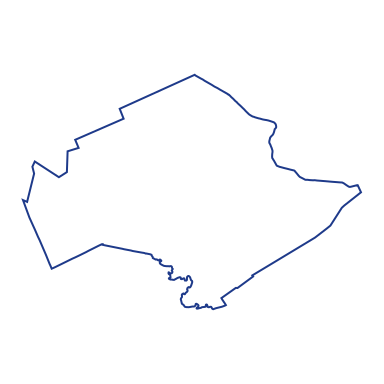 Purani, Teleorman, Romania
{"feature_id": "2599482B66350034268187", "entity_name": "Purani", "entity_type": "district", "adm_level": 2, "iso_a3": "ROU", "parent_name": "Romania", "parent_adm1": "Teleorman", "projection": "orthographic", "projection_center": [25.428, 44.372], "detail": "fine", "context": "isolated", "style": "outline", "palette": "blue", "viewbox_px": 384, "rotation_deg": 0, "n_neighbors": 0, "source": "geoboundaries", "source_scale": "gbopen_adm2", "svg_char_len": 5897}
<svg xmlns="http://www.w3.org/2000/svg" viewBox="0 0 384 384"><path d="M29.4,217.5L33.2,225.9L34.8,229.4L38.0,236.8L39.6,240.1L46.0,255.0L49.5,263.7L50.3,265.4L51.7,268.7L54.8,267.3L58.7,265.4L72.5,258.6L75.2,257.4L79.6,255.3L86.1,252.1L88.5,250.8L92.5,248.8L98.5,245.8L101.0,244.6L101.4,244.4L102.0,244.2L102.4,244.2L102.2,244.7L104.8,245.3L114.3,247.2L122.4,248.8L123.9,249.2L130.9,250.5L132.7,251.0L142.4,252.7L143.8,252.9L144.9,253.2L145.1,253.3L145.6,253.5L145.8,253.6L146.2,253.6L146.5,253.5L147.3,253.7L150.3,254.3L151.5,254.8L151.6,255.4L151.8,255.8L152.6,256.8L152.7,257.1L152.8,258.0L153.1,258.2L154.9,259.1L155.3,259.4L155.6,259.5L155.9,259.6L156.5,259.4L156.8,259.4L157.1,259.6L157.7,260.1L158.4,260.4L158.8,260.5L159.0,260.4L159.3,259.8L159.4,259.7L159.7,259.6L160.1,259.6L160.4,259.7L160.8,260.1L161.1,260.5L161.3,260.8L161.2,261.1L160.2,261.8L160.0,262.0L159.8,262.3L159.8,262.6L159.8,263.0L160.0,263.4L160.3,263.8L160.6,264.1L162.2,265.0L163.8,265.8L164.2,265.9L164.8,266.0L166.6,266.2L168.4,266.2L169.1,266.3L169.6,266.3L170.2,266.1L170.7,266.1L171.2,266.2L171.5,266.4L171.8,266.7L171.9,267.2L172.0,267.9L172.6,268.9L172.7,269.0L172.3,269.5L171.9,270.2L171.8,270.4L171.8,270.7L172.3,271.3L172.4,271.7L172.3,272.1L172.3,272.5L172.0,272.9L171.7,273.2L171.5,273.3L171.2,273.4L170.7,273.4L170.2,273.2L169.7,273.1L169.2,272.6L168.9,272.4L168.8,272.5L168.6,272.5L168.5,272.9L168.5,273.3L168.7,273.7L168.8,274.0L169.1,274.2L169.6,274.4L169.9,274.7L170.1,275.0L170.2,275.3L170.3,275.6L170.4,276.4L170.5,277.2L170.5,277.4L170.3,277.6L169.1,278.1L168.9,278.3L168.9,278.6L169.0,278.8L169.3,279.0L169.9,279.3L170.3,279.5L170.7,279.5L172.1,279.6L172.9,279.8L173.9,279.9L174.1,279.9L175.3,279.2L176.1,278.8L177.1,278.2L177.6,277.9L179.1,277.4L179.8,277.2L180.2,277.3L180.5,277.4L180.7,277.6L180.9,278.5L180.9,278.8L181.0,279.0L181.5,279.1L182.0,279.1L182.5,278.9L183.4,278.4L183.7,278.3L183.9,278.3L184.2,278.4L184.3,278.6L184.7,280.0L184.9,280.3L185.0,280.5L185.3,280.5L186.2,280.5L186.4,280.5L186.6,280.3L186.8,280.1L186.9,279.8L186.9,279.6L187.0,279.0L186.9,278.2L187.0,277.5L187.1,277.1L187.2,276.8L187.5,276.5L187.8,276.3L188.0,276.1L188.3,276.0L188.5,276.0L188.8,276.1L189.2,276.3L189.5,276.6L190.0,277.2L190.2,277.6L190.6,279.0L191.2,280.3L192.0,280.9L192.1,281.1L192.2,281.4L192.2,281.8L192.2,282.3L191.9,283.3L191.6,284.2L191.1,285.7L190.3,287.1L190.1,287.3L189.8,287.4L189.5,287.5L189.3,287.4L189.1,287.2L188.7,287.1L187.7,287.7L187.5,288.1L187.5,288.4L187.2,288.9L187.1,289.1L187.2,289.4L187.2,289.6L187.5,290.0L187.6,290.3L187.5,290.9L187.5,291.1L187.1,291.5L186.9,291.9L186.8,292.1L186.1,292.5L185.8,292.7L185.3,293.5L185.1,293.9L184.9,294.0L184.7,294.2L184.4,294.2L184.0,294.1L183.6,293.6L183.4,293.5L183.2,293.6L182.7,293.8L182.2,294.2L182.0,294.5L181.9,294.7L181.8,295.1L182.0,295.8L182.0,296.4L181.9,297.2L181.2,298.1L180.9,298.7L180.8,299.4L181.1,300.4L181.4,301.7L181.5,302.2L181.7,302.6L181.8,303.5L182.0,303.8L182.4,304.1L182.9,304.5L183.2,304.6L183.4,304.8L183.7,305.1L184.6,306.5L184.8,306.7L185.3,306.9L186.4,307.1L188.5,307.2L189.4,307.1L191.1,306.8L192.5,306.5L194.0,306.5L194.4,306.4L195.2,305.8L195.5,305.4L195.6,305.1L195.6,304.3L195.7,304.1L195.9,303.9L196.1,303.8L196.3,303.8L196.7,303.9L197.5,304.4L198.1,304.9L198.3,305.1L198.4,305.4L198.5,305.6L198.5,305.9L198.3,306.4L198.1,306.8L196.9,307.7L196.7,307.9L196.6,308.1L196.6,308.3L196.7,308.5L196.9,308.6L197.2,308.6L197.8,308.6L199.0,308.2L200.1,308.0L201.0,307.8L201.6,307.4L202.0,307.2L202.6,307.1L203.8,307.0L204.8,306.9L205.4,306.7L205.8,306.6L206.0,306.4L206.0,306.1L205.8,305.5L205.8,305.2L206.0,304.7L206.5,304.5L206.8,304.6L207.1,304.9L207.2,305.2L207.4,305.7L207.5,306.4L207.7,306.7L207.9,307.0L208.3,307.1L208.6,307.2L209.0,307.2L210.2,306.8L210.5,306.8L210.9,306.8L211.2,306.9L211.4,307.1L211.6,307.5L211.9,308.1L212.1,308.5L212.4,308.8L212.9,309.1L213.2,309.2L216.0,308.2L216.8,308.0L220.4,307.1L221.7,306.8L222.6,306.5L224.7,305.7L225.6,305.3L225.9,305.1L224.2,302.4L223.8,302.0L223.7,301.7L222.4,299.8L221.4,298.1L235.8,287.9L237.5,288.0L253.1,276.5L252.3,275.4L275.4,261.5L315.0,237.6L326.8,228.5L330.4,225.6L341.8,207.8L344.3,205.5L361.0,192.3L357.8,185.4L357.2,185.6L357.0,185.2L351.5,186.6L350.1,186.9L349.4,186.9L348.5,186.5L346.8,185.4L343.8,183.3L342.4,182.6L342.0,182.5L340.1,182.4L331.1,181.7L325.6,181.2L316.9,180.5L315.5,180.3L314.3,180.2L313.3,180.3L309.8,180.1L307.5,179.8L306.0,179.8L305.6,179.8L305.2,179.7L304.6,179.4L303.3,178.7L299.8,176.9L299.4,176.5L298.7,175.8L296.1,172.6L295.2,171.6L294.8,171.0L294.4,170.7L294.1,170.5L293.7,170.4L290.3,169.6L287.7,168.9L284.4,168.1L281.1,167.2L279.5,166.8L278.1,166.2L277.4,166.0L277.2,165.9L276.9,165.7L276.6,165.4L273.8,160.4L273.4,159.9L273.0,159.1L272.6,158.6L272.3,158.1L272.2,157.5L272.1,156.5L272.2,154.3L272.3,153.4L272.5,152.1L272.5,150.9L272.4,150.3L272.0,149.1L271.6,147.8L271.0,146.5L270.3,144.6L269.4,143.0L269.3,142.6L269.3,141.9L269.3,141.2L269.6,140.0L269.9,138.8L270.1,137.9L270.3,137.5L270.8,136.8L271.4,136.1L272.5,135.1L273.2,134.1L273.7,132.9L274.1,131.7L274.6,129.7L274.7,129.2L275.0,128.9L275.8,128.0L276.1,127.5L276.2,126.9L276.1,125.9L275.9,124.9L275.6,124.1L274.9,123.3L274.4,122.7L273.8,122.3L273.0,122.0L270.0,121.0L268.4,120.5L266.6,120.1L264.1,119.7L262.6,119.4L259.9,118.6L258.8,118.4L257.4,118.0L255.0,117.3L253.8,116.8L252.9,116.6L252.2,116.3L251.5,115.9L249.4,114.6L248.9,114.2L245.8,111.2L244.2,109.4L242.4,107.7L240.9,106.2L237.7,103.3L236.8,102.2L235.9,101.5L235.3,101.0L233.1,98.7L231.5,97.3L230.6,96.4L230.0,95.7L228.9,94.9L228.4,94.6L228.5,94.5L227.5,93.9L220.1,89.7L217.5,88.1L214.5,86.6L211.7,84.8L206.6,81.9L204.5,80.7L203.1,79.7L202.0,79.1L200.8,78.5L198.5,77.2L196.0,75.8L195.2,75.3L194.7,74.8L119.7,108.8L123.6,118.7L75.2,139.8L78.6,147.9L67.6,151.3L66.9,172.1L58.9,177.2L34.8,161.5L32.4,166.7L34.1,173.6L27.1,201.9L23.0,200.1L29.4,217.5Z" fill="none" stroke="#1e3a8a" stroke-width="2"/></svg>